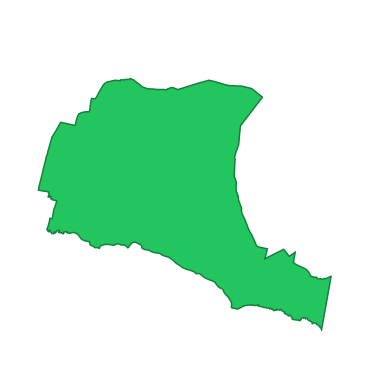 Tram Kak, Takêv, Cambodia (orthographic projection), rotated 190°
{"feature_id": "14789045B29748003627155", "entity_name": "Tram Kak", "entity_type": "district", "adm_level": 2, "iso_a3": "KHM", "parent_name": "Cambodia", "parent_adm1": "Takêv", "projection": "orthographic", "projection_center": [104.595, 11.012], "detail": "fine", "context": "isolated", "style": "filled", "palette": "green", "viewbox_px": 384, "rotation_deg": 190, "n_neighbors": 0, "source": "geoboundaries", "source_scale": "gbopen_adm2", "svg_char_len": 5916}
<svg xmlns="http://www.w3.org/2000/svg" viewBox="0 0 384 384"><g transform="rotate(190 192 192)"><path d="M40.5,79.0L40.4,102.9L40.4,133.0L41.1,132.8L41.8,132.3L43.3,131.1L45.7,129.7L46.5,129.9L47.6,128.9L49.0,128.6L49.7,129.0L50.2,128.9L51.2,128.6L52.4,128.4L53.0,128.4L54.4,129.6L55.5,129.7L56.4,128.9L57.8,129.6L58.3,129.2L59.4,129.4L59.9,129.6L60.3,130.1L61.0,130.4L61.4,130.8L61.6,131.3L62.0,131.9L63.8,134.0L65.5,135.2L67.7,136.2L70.2,136.9L73.2,137.6L76.5,138.6L78.7,139.5L79.9,139.9L79.9,150.6L85.1,145.5L91.7,151.5L108.6,139.0L107.9,149.1L116.2,149.4L119.1,150.2L123.3,156.7L126.4,161.0L126.8,161.3L127.6,162.1L129.7,165.3L131.0,167.0L132.2,169.3L133.8,171.9L135.2,174.2L136.6,176.1L138.5,178.7L139.6,180.7L140.1,182.4L140.3,184.4L141.1,185.9L143.4,189.8L144.5,191.6L145.2,193.7L145.7,195.4L146.4,197.1L147.3,198.6L148.0,199.6L148.6,200.6L149.4,203.9L149.9,208.8L150.8,210.8L151.8,212.4L152.5,213.8L153.1,214.1L153.8,219.7L155.4,232.0L156.0,233.9L156.1,235.1L155.4,240.1L154.6,244.8L154.3,246.7L154.5,249.9L155.4,259.8L155.7,265.1L155.7,265.6L155.5,266.1L139.1,297.6L151.1,304.2L159.6,304.8L161.3,304.9L163.4,304.6L167.2,304.1L171.2,303.7L172.4,303.5L174.2,303.3L175.2,303.2L190.2,304.8L194.2,305.0L195.2,304.8L205.8,299.7L223.7,290.4L227.7,291.2L228.7,291.5L229.5,291.4L230.5,291.3L234.2,289.1L234.7,288.3L235.6,288.0L238.0,288.1L238.6,287.9L244.6,286.8L246.7,286.8L253.5,286.0L255.4,286.2L258.5,286.7L260.4,287.7L267.4,291.3L268.4,292.0L271.9,293.0L272.5,292.9L273.7,291.9L276.4,291.5L277.7,291.1L278.0,290.6L280.3,290.4L282.1,289.8L282.0,289.0L283.1,288.9L285.9,288.9L287.9,288.4L291.7,286.8L295.0,285.4L297.0,283.4L298.1,281.5L299.4,278.2L300.7,274.7L302.1,270.1L303.4,267.0L307.1,266.6L307.2,265.8L307.3,263.7L307.2,259.4L306.9,254.6L307.2,253.1L309.8,252.8L313.9,251.4L317.1,249.3L317.9,246.0L318.4,242.1L318.5,237.9L319.0,237.3L333.4,237.8L334.8,233.9L336.5,229.0L339.4,221.7L341.0,206.4L341.0,204.3L341.7,201.0L341.7,199.1L341.8,197.0L342.4,189.3L342.6,184.6L343.6,170.5L343.5,167.1L333.1,167.2L333.1,166.6L333.1,166.1L332.8,165.8L332.2,165.7L332.3,164.5L332.5,164.1L332.7,163.4L332.8,162.2L331.5,162.1L331.4,162.6L331.4,163.3L330.8,163.2L330.3,163.2L329.6,163.1L329.9,160.8L329.3,160.7L328.7,160.8L328.1,159.9L327.3,160.0L326.3,160.1L324.7,159.9L323.7,159.6L323.8,157.8L325.1,149.9L325.0,146.3L325.0,142.0L325.2,141.4L327.4,141.4L327.4,140.3L327.4,138.9L327.3,138.4L327.4,138.0L327.5,135.9L327.6,135.4L327.7,133.7L327.9,133.1L327.9,132.6L328.3,131.0L328.4,130.1L328.1,129.7L327.9,129.3L327.5,128.9L327.0,128.9L326.9,128.4L326.4,128.1L325.8,128.0L325.6,128.5L325.7,129.0L325.9,129.4L325.8,129.9L325.3,129.8L324.6,129.0L324.3,128.4L323.7,127.6L323.2,127.2L322.8,126.7L322.2,126.7L321.6,127.0L321.2,126.9L320.7,127.2L320.7,127.7L321.0,128.1L320.7,128.7L320.2,128.9L319.8,128.4L319.4,128.1L318.8,128.9L318.6,129.4L318.7,129.9L317.6,130.7L317.0,130.7L316.6,131.0L316.2,131.3L315.7,131.0L316.1,130.0L316.3,129.4L316.1,128.9L315.5,128.9L314.6,129.3L314.2,129.0L313.3,128.9L313.0,129.4L312.5,129.4L312.4,129.0L311.9,128.5L311.4,128.6L311.4,129.1L311.1,129.5L311.0,130.0L311.2,130.4L310.8,130.7L309.8,130.9L309.3,130.9L309.0,131.3L308.5,131.5L308.3,130.9L308.3,130.4L307.8,130.2L306.8,130.0L306.3,130.4L305.5,129.9L302.4,131.5L300.7,131.5L298.8,131.2L297.3,130.4L295.2,128.9L293.7,127.1L291.9,126.0L289.0,125.3L284.3,125.1L283.8,124.0L283.4,122.6L282.7,121.9L281.4,121.8L280.7,121.6L280.1,121.4L279.5,121.1L278.8,120.8L277.6,120.3L276.7,120.5L276.0,120.8L275.0,120.9L274.5,120.6L273.5,120.4L273.2,121.0L273.2,122.1L272.8,122.8L271.7,123.8L270.5,124.3L269.6,124.7L268.5,125.3L267.2,125.6L265.6,125.8L264.1,125.9L260.4,125.9L259.6,126.0L258.8,126.7L257.5,127.4L256.0,128.2L255.2,128.1L254.4,127.9L253.4,127.7L252.8,127.6L251.8,127.6L249.3,128.1L248.0,127.5L245.5,125.9L244.7,126.6L244.7,127.2L244.4,128.0L244.0,128.4L242.8,130.7L242.8,131.2L241.3,132.0L240.1,132.5L239.1,132.7L238.2,132.6L236.5,132.0L234.0,131.3L232.8,130.8L232.4,130.3L232.0,129.7L231.8,128.4L230.4,127.5L228.3,127.1L226.5,127.2L224.8,127.2L223.8,127.0L221.5,126.2L219.2,125.8L216.6,125.9L213.4,125.9L211.4,125.3L210.8,124.9L209.6,124.5L208.4,124.3L206.0,124.0L204.2,123.8L202.7,123.3L199.8,122.0L197.6,120.7L196.0,119.5L194.8,119.0L193.4,118.3L191.8,117.6L190.5,117.1L189.0,116.2L186.8,115.5L185.3,115.2L183.7,114.8L182.1,114.8L180.1,114.6L178.8,114.3L177.2,114.1L175.8,113.7L174.4,112.5L173.0,112.4L171.5,112.8L170.1,112.9L168.4,111.9L166.8,110.8L164.7,109.9L160.1,108.6L155.8,107.9L153.5,106.9L152.1,105.4L150.3,103.8L149.8,103.3L148.5,102.6L147.9,102.4L146.1,102.2L145.2,101.7L144.4,100.9L143.6,99.9L143.1,98.9L141.4,97.2L140.6,96.5L139.2,95.7L137.5,94.1L135.1,91.5L134.2,90.2L133.6,88.9L133.4,87.2L133.3,85.9L133.0,85.0L132.1,84.8L130.6,84.8L126.9,84.6L125.4,85.5L123.8,86.7L122.3,88.0L120.7,89.1L119.1,89.7L116.2,90.6L115.7,90.5L114.7,91.0L113.7,90.8L112.5,91.3L111.6,91.0L110.5,91.1L107.6,92.0L106.8,92.1L107.1,91.3L103.6,91.1L101.8,90.9L101.2,90.7L100.6,91.0L99.6,91.0L98.2,90.7L97.4,90.8L96.4,91.3L95.9,91.0L95.3,90.3L94.9,90.6L94.3,91.1L94.0,90.7L93.2,90.4L93.1,90.9L92.5,90.5L92.0,90.2L90.9,89.4L90.3,89.6L89.4,90.4L88.8,90.0L88.1,90.4L88.0,91.1L87.5,91.0L87.0,91.1L86.5,91.0L86.0,91.0L85.6,90.7L85.0,91.4L84.3,91.8L83.7,90.9L82.8,90.5L81.8,90.6L81.4,90.3L80.6,89.9L80.0,90.1L79.7,89.5L80.1,89.0L79.7,88.4L78.6,88.3L78.1,87.9L76.3,87.4L75.8,86.9L75.1,86.7L74.6,87.5L74.1,87.9L73.2,87.2L72.6,86.2L72.1,85.9L71.3,85.7L71.2,85.3L71.3,84.3L70.4,84.0L69.5,84.1L68.4,83.9L67.2,84.4L66.3,84.0L65.4,84.1L64.7,84.3L64.0,84.5L63.6,84.0L63.1,84.3L62.4,85.4L62.7,86.1L62.2,86.6L61.2,87.4L60.7,87.5L60.2,87.1L59.5,87.9L58.6,87.5L58.2,86.8L57.2,87.4L56.7,87.8L56.3,87.4L55.7,86.3L54.4,85.6L52.6,85.3L51.5,85.0L51.0,84.1L50.9,83.3L50.3,83.2L49.7,84.1L47.7,84.3L47.0,84.6L46.7,83.9L46.1,83.2L45.4,83.1L44.2,82.4L43.4,81.8L42.6,81.8L42.6,81.2L42.0,80.5L41.3,80.2L41.0,79.7L40.5,79.0Z" fill="#22c55e" stroke="#15803d" stroke-width="1.5"/></g></svg>